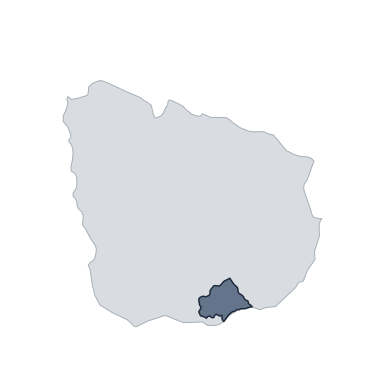 Canelones on a map of Uruguay (Mercator projection), rotated 341°
{"feature_id": "URY-17", "entity_name": "Canelones", "entity_type": "Department", "adm_level": 1, "iso_a3": "URY", "parent_name": "Uruguay", "parent_adm1": "", "projection": "mercator", "projection_center": [-56.01, -34.547], "detail": "fine", "context": "in_parent", "style": "filled", "palette": "slate", "viewbox_px": 384, "rotation_deg": 341, "n_neighbors": 0, "source": "natural_earth", "source_scale": "10m", "svg_char_len": 3750}
<svg xmlns="http://www.w3.org/2000/svg" viewBox="0 0 384 384"><g transform="rotate(341 192 192)"><path d="M306.0,259.3L303.6,261.4L301.1,265.4L298.2,275.0L288.4,288.2L286.4,295.7L275.7,303.6L268.2,312.4L263.3,312.2L258.9,316.0L233.6,327.5L224.5,325.3L217.7,325.3L211.4,320.3L197.1,318.4L188.2,320.5L176.1,326.0L172.5,326.0L169.9,325.7L163.4,323.3L159.8,318.4L141.3,312.7L126.4,299.9L108.7,299.6L95.2,301.3L93.2,299.6L91.8,296.3L89.0,291.5L77.4,280.2L68.3,269.0L66.5,258.0L67.7,246.1L70.5,232.0L70.0,227.6L73.4,225.1L76.7,224.6L79.9,221.0L82.8,215.5L83.3,211.3L81.0,203.7L79.5,193.0L77.7,187.6L81.4,179.3L81.5,175.2L79.4,171.6L78.8,167.9L79.8,164.2L79.6,160.5L78.2,157.1L79.3,154.2L82.6,151.9L85.2,148.4L86.8,143.8L87.7,140.2L87.7,137.7L86.7,135.4L84.6,133.2L85.6,128.9L89.6,122.4L92.2,116.6L93.4,111.6L93.3,107.6L92.0,104.5L92.5,102.4L95.0,101.3L96.1,98.1L95.7,90.0L93.2,83.4L95.1,78.1L100.8,72.0L103.7,67.1L103.9,63.4L105.7,61.3L108.3,65.3L116.3,66.3L124.3,66.5L125.6,65.5L128.7,58.9L132.9,57.0L137.4,56.5L142.3,56.9L147.6,61.2L162.4,75.5L173.4,85.4L176.7,90.1L179.6,93.6L181.7,96.9L180.8,105.4L181.0,109.2L181.5,110.2L184.0,110.3L187.7,109.7L190.8,107.9L193.2,105.1L195.6,102.9L197.5,101.7L198.2,99.9L199.3,98.0L200.5,97.6L202.6,99.0L207.7,103.9L211.7,108.4L212.6,111.0L214.1,113.7L215.8,116.0L216.9,118.3L220.7,121.3L224.6,123.2L227.2,121.3L233.9,127.5L248.4,132.7L251.1,135.8L253.6,140.3L258.7,147.1L265.8,153.2L271.5,155.8L276.9,157.3L280.0,158.6L282.0,161.0L285.4,163.5L287.5,164.5L288.2,166.7L290.3,171.7L292.6,178.0L295.0,183.8L300.3,189.4L306.3,193.8L312.5,196.3L316.0,199.3L317.5,202.5L313.4,207.3L308.8,213.2L304.8,217.9L300.6,221.2L299.3,223.5L298.4,227.0L298.4,245.6L298.1,252.5L298.4,254.4L298.9,255.6L301.6,257.5L304.7,259.0L306.0,259.3Z" fill="#d9dde1" stroke="#a8b0b8" stroke-width="1"/><path d="M211.3,320.0L211.1,319.9L210.0,319.8L206.8,319.6L204.9,319.8L202.4,319.1L200.5,318.2L198.4,318.7L196.2,317.8L193.2,318.8L191.5,318.3L188.4,319.4L186.9,320.0L183.8,322.1L181.5,323.8L179.9,324.8L179.5,324.2L179.4,323.7L179.2,322.6L179.2,321.5L179.2,321.1L179.3,320.8L179.8,319.6L180.0,319.0L180.0,318.6L179.9,318.4L179.6,318.2L178.9,318.2L178.5,318.3L178.1,318.4L177.8,318.3L177.4,318.0L177.2,317.7L177.0,317.3L176.8,317.2L176.5,317.1L176.2,316.9L175.7,316.2L175.4,315.6L175.2,315.5L174.7,315.5L173.8,315.8L173.3,316.1L173.0,316.3L172.7,316.8L172.5,317.1L172.3,317.3L172.1,317.4L171.9,317.6L171.4,317.8L171.1,317.7L170.7,317.6L170.0,317.3L169.7,317.0L169.5,316.8L169.0,315.9L168.8,315.6L168.4,315.2L168.2,315.1L167.8,314.9L167.3,314.9L166.9,314.8L166.0,315.1L164.5,316.0L164.1,315.5L163.4,314.6L161.7,313.1L160.2,312.2L159.8,311.7L159.7,311.3L159.6,309.7L159.4,308.1L159.4,307.7L159.6,307.4L159.9,306.9L160.2,306.7L160.8,306.4L161.0,306.3L161.2,306.1L161.4,305.9L161.7,305.4L162.1,304.9L162.9,304.1L163.0,303.8L163.0,303.3L162.8,302.5L162.6,302.1L162.4,301.9L162.4,301.6L162.4,301.2L162.7,299.8L162.7,298.7L163.5,295.8L164.0,295.0L164.5,294.7L165.1,294.4L165.9,294.2L167.3,294.1L168.0,294.1L168.5,294.2L169.0,294.4L171.1,295.6L171.7,295.6L172.4,295.6L174.8,295.1L175.3,294.8L175.6,294.4L176.1,293.6L176.7,291.7L176.8,291.5L177.1,291.1L177.5,290.7L181.8,287.9L182.2,287.9L182.8,287.9L183.8,288.2L186.3,289.5L186.7,289.5L187.3,289.6L188.3,289.4L188.9,289.3L189.3,289.1L192.5,287.1L193.8,286.7L199.7,285.9L201.0,291.0L201.6,292.9L203.6,296.6L203.8,297.1L203.8,297.6L203.8,298.0L203.2,300.8L203.2,301.3L203.2,302.6L203.3,302.8L203.6,303.3L205.5,305.7L206.3,307.1L206.6,308.0L206.6,309.6L207.3,311.2L207.8,311.8L208.5,312.4L209.1,312.9L209.3,313.3L209.4,313.7L209.2,315.1L209.1,315.5L209.2,316.0L209.3,316.3L209.5,316.6L209.8,316.9L210.8,318.3L211.2,319.1L211.3,319.5L211.3,320.0Z" fill="#64748b" stroke="#1e293b" stroke-width="1.5"/></g></svg>